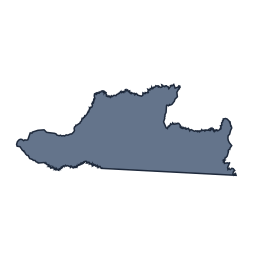 Paná-paná (Campo Alegre), Guainía, Colombia, rotated 3°
{"feature_id": "7082276B62655490891692", "entity_name": "Paná-paná (Campo Alegre)", "entity_type": "district", "adm_level": 2, "iso_a3": "COL", "parent_name": "Colombia", "parent_adm1": "Guainía", "projection": "robinson", "projection_center": [-69.293, 2.063], "detail": "fine", "context": "isolated", "style": "filled", "palette": "slate", "viewbox_px": 256, "rotation_deg": 3, "n_neighbors": 0, "source": "geoboundaries", "source_scale": "gbopen_adm2", "svg_char_len": 5796}
<svg xmlns="http://www.w3.org/2000/svg" viewBox="0 0 256 256"><g transform="rotate(3 128 128)"><path d="M54.0,171.9L54.9,170.7L55.4,171.9L56.1,171.5L56.7,172.7L57.2,172.5L56.8,173.1L57.5,172.9L57.6,173.5L58.3,173.7L59.0,173.0L58.9,172.5L59.6,173.2L60.8,173.2L60.7,173.8L61.2,173.9L61.4,172.6L62.2,172.8L61.9,172.2L63.1,171.7L63.4,170.8L63.9,171.4L64.1,170.8L64.9,171.3L64.3,170.6L65.2,169.4L66.1,169.8L66.0,169.2L68.0,169.2L67.9,168.7L68.8,169.1L69.8,168.7L71.6,169.6L72.8,169.0L72.8,170.3L74.0,169.4L75.3,170.8L76.6,170.1L76.3,169.4L76.9,169.3L77.1,170.2L78.0,170.1L78.7,169.6L78.4,169.1L78.8,168.5L79.2,169.4L79.7,168.2L81.0,167.7L80.7,167.2L81.4,167.3L82.2,166.4L82.2,165.8L82.5,166.5L82.9,165.6L83.5,166.2L84.3,165.7L84.2,166.1L84.9,165.7L84.5,165.1L85.0,165.0L85.1,165.4L85.5,165.0L85.2,164.6L85.6,164.1L86.3,164.4L86.3,163.9L86.9,163.5L88.3,163.5L88.7,164.4L88.3,165.1L89.0,165.2L89.1,164.4L89.9,164.4L90.1,165.1L90.1,164.3L90.6,164.2L91.1,165.8L91.6,165.1L91.9,165.8L93.1,165.6L93.0,166.1L93.6,166.5L94.0,165.8L94.0,166.8L94.4,167.3L94.9,167.0L94.7,167.7L95.4,167.3L95.7,166.0L96.3,166.5L95.7,167.0L97.0,166.5L97.0,167.2L97.9,167.8L99.0,166.9L99.4,168.3L99.7,167.5L100.3,168.2L100.5,167.4L100.7,168.5L101.2,167.9L102.2,167.9L102.4,169.1L103.9,169.3L103.8,169.7L238.4,169.6L237.7,167.7L237.2,167.8L236.9,168.9L236.2,168.8L236.0,169.4L235.1,168.4L235.6,166.0L236.8,164.9L235.2,163.1L233.8,162.8L232.3,164.2L231.4,163.8L231.0,163.0L230.0,164.2L229.5,162.2L231.5,157.0L230.4,158.0L229.0,157.6L226.2,158.3L226.0,156.7L225.5,156.5L225.4,157.1L225.0,157.0L225.1,156.1L226.4,155.1L225.1,154.9L226.3,154.1L226.7,152.4L227.3,152.4L228.5,150.9L229.6,146.3L229.2,145.8L229.4,144.9L230.0,144.2L230.7,144.2L231.0,142.5L232.5,140.2L230.0,137.4L228.8,135.2L228.3,133.1L228.4,130.5L229.8,128.9L230.6,124.9L231.6,122.6L231.3,121.4L230.6,120.9L230.8,120.4L230.4,120.2L229.6,116.8L229.2,117.1L228.8,116.0L226.6,113.9L224.9,113.4L222.8,114.0L222.4,113.5L222.8,115.2L222.0,116.0L222.2,116.9L221.2,118.0L221.5,120.2L220.2,121.0L220.9,122.0L220.2,123.5L220.8,123.4L220.8,124.0L217.8,126.1L217.3,125.4L216.3,125.2L216.3,125.9L215.3,126.3L215.4,125.7L214.4,125.6L214.4,126.3L213.6,125.2L213.5,126.1L213.0,125.4L213.1,124.5L212.3,124.6L211.9,123.8L211.4,124.6L211.4,123.9L210.9,123.8L210.5,124.0L210.6,125.6L210.0,126.3L208.9,126.1L208.9,125.1L207.6,126.1L206.6,125.9L205.1,126.8L205.2,126.0L202.2,126.6L201.7,125.8L200.8,127.3L199.5,127.2L199.5,128.0L198.0,127.2L197.3,127.3L197.4,127.9L195.8,127.2L194.5,127.8L191.2,126.3L190.1,126.8L189.8,127.5L188.9,125.9L188.1,125.7L188.6,125.6L188.3,125.1L186.4,126.1L185.7,125.0L185.3,125.8L183.7,124.6L183.4,125.2L182.8,124.5L183.0,125.2L182.5,125.5L182.0,124.6L181.8,125.4L180.3,124.7L180.1,123.8L180.5,123.7L180.0,122.5L178.4,120.7L177.2,120.7L176.8,121.2L176.0,121.0L176.1,121.3L174.1,121.8L173.4,121.7L173.4,121.3L173.0,121.6L172.3,120.7L172.0,121.6L171.0,122.2L170.3,121.6L169.8,123.1L168.9,123.7L169.4,123.8L168.9,124.5L167.5,125.3L167.4,126.5L166.1,125.9L163.2,120.0L164.2,116.4L163.9,115.2L164.4,114.2L164.1,113.1L165.2,110.4L165.3,103.6L165.7,103.1L167.3,103.7L168.2,102.5L168.6,103.0L169.7,102.6L170.7,102.0L172.9,98.8L173.3,96.9L175.7,94.2L174.9,89.8L176.5,86.6L177.2,86.2L177.0,85.1L177.8,84.8L177.6,83.5L176.6,83.2L175.8,84.6L173.0,85.7L171.4,82.1L169.8,83.6L169.0,83.1L168.1,83.7L168.3,84.3L166.7,86.6L165.8,84.6L164.8,84.5L164.1,83.8L163.4,83.9L162.6,84.8L162.0,84.3L160.7,84.6L160.4,83.6L159.5,83.2L160.0,84.7L159.5,85.5L158.1,85.8L157.2,84.9L156.2,85.5L155.9,84.3L154.2,84.6L153.6,84.3L152.5,86.0L151.2,86.0L150.9,87.3L150.1,87.5L149.6,86.4L149.5,87.6L148.1,87.4L147.8,89.0L145.8,88.3L146.3,89.6L145.9,90.9L146.4,91.5L146.1,91.8L143.3,91.7L143.4,92.7L142.6,92.8L141.1,92.1L141.1,94.4L139.9,95.5L135.9,94.7L135.7,94.0L134.6,93.4L133.4,94.2L133.5,93.7L133.1,94.0L132.6,93.1L131.8,93.4L130.9,92.9L129.8,93.4L129.6,92.6L128.9,93.0L128.8,92.3L128.6,93.1L127.5,92.3L127.9,91.9L127.3,91.6L127.5,90.9L126.3,91.3L125.6,90.0L124.6,90.8L124.0,89.6L123.2,90.0L123.0,92.0L121.7,91.8L121.7,92.7L120.6,92.2L120.1,93.2L120.1,92.4L119.6,92.7L119.4,92.3L119.3,92.8L118.6,92.2L117.5,93.9L116.1,93.9L116.5,94.1L116.3,94.6L114.9,95.2L114.3,96.3L112.2,96.1L110.6,97.4L109.8,96.8L109.6,97.6L108.5,97.3L108.9,98.1L108.7,98.4L107.9,97.4L106.6,97.8L106.4,97.0L105.5,97.5L104.7,97.1L104.9,95.9L104.0,94.8L104.3,93.9L103.8,93.6L103.9,94.0L102.8,93.9L102.5,94.4L102.5,94.0L102.1,93.9L102.5,93.6L101.9,93.4L102.2,93.0L101.6,92.9L101.7,92.3L100.7,92.4L100.7,91.7L100.4,92.5L99.4,92.6L98.9,93.6L98.0,93.6L97.6,94.3L97.3,93.9L97.0,94.8L96.3,94.7L96.3,95.2L96.0,94.6L95.0,95.6L95.0,95.0L94.4,95.5L94.4,94.8L92.8,95.7L92.6,97.8L93.3,100.1L92.4,100.7L92.3,101.5L92.8,101.6L92.1,102.9L92.4,102.9L92.1,104.8L91.2,104.5L91.1,105.4L90.6,105.8L91.3,107.0L91.0,108.7L90.0,109.5L89.5,109.3L89.1,110.4L88.5,109.9L88.7,111.4L88.2,111.9L88.2,113.0L87.6,113.2L87.7,114.2L86.9,114.4L86.8,115.4L85.2,117.8L84.6,118.3L84.2,118.1L84.0,119.5L83.1,119.8L82.6,120.9L81.7,120.7L81.1,123.5L79.9,124.8L79.9,125.5L76.7,127.8L75.8,127.9L75.6,128.9L74.5,129.9L74.2,131.4L74.7,133.2L74.1,134.7L72.1,136.9L70.7,137.0L68.3,138.3L66.6,138.1L65.1,139.3L63.9,139.0L62.1,139.4L60.9,138.7L59.7,139.3L57.4,138.8L56.7,137.8L55.2,137.2L46.9,136.6L44.3,134.2L38.2,135.0L32.7,137.1L32.3,138.2L30.6,138.0L28.6,144.9L27.6,145.4L25.5,145.3L24.5,146.1L22.5,144.9L21.0,144.9L19.5,145.8L18.2,147.6L17.6,150.2L18.2,152.0L21.1,152.3L23.9,156.0L25.2,156.3L25.2,157.0L26.1,157.5L27.1,159.3L28.6,160.6L29.8,160.7L31.4,163.6L34.4,164.5L35.0,165.3L36.9,165.3L38.0,166.6L39.8,167.1L40.1,167.7L45.8,166.9L46.5,167.0L47.2,167.8L47.9,167.9L48.0,167.4L48.9,168.7L49.9,168.8L50.3,169.8L50.9,169.1L51.3,170.2L51.8,170.2L51.1,170.6L52.1,170.6L52.8,171.9L53.1,171.5L53.4,172.0L54.0,171.9Z" fill="#64748b" stroke="#1e293b" stroke-width="1.5"/></g></svg>